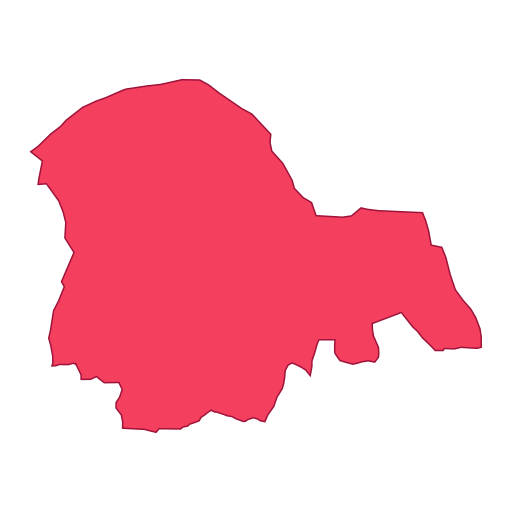 Turkmenbasy, Balkan, Turkmenistan (Albers equal-area conic projection)
{"feature_id": "10190150B25855408224134", "entity_name": "Turkmenbasy", "entity_type": "district", "adm_level": 2, "iso_a3": "TKM", "parent_name": "Turkmenistan", "parent_adm1": "Balkan", "projection": "albers", "projection_center": [54.807, 40.968], "detail": "fine", "context": "isolated", "style": "filled", "palette": "rose", "viewbox_px": 512, "rotation_deg": 0, "n_neighbors": 0, "source": "geoboundaries", "source_scale": "gbopen_adm2", "svg_char_len": 3295}
<svg xmlns="http://www.w3.org/2000/svg" viewBox="0 0 512 512"><path d="M52.0,365.8L51.9,365.9L51.9,366.0L52.0,366.0L56.4,365.6L59.3,364.5L67.8,364.6L68.0,364.5L69.2,364.4L69.3,364.4L69.5,364.4L71.2,363.7L72.6,363.4L73.7,363.5L74.4,363.5L75.6,363.6L75.2,364.0L76.0,364.4L77.5,367.4L79.2,370.9L80.9,374.4L80.9,374.5L81.2,375.7L81.1,377.6L81.1,377.9L81.1,379.4L90.5,379.3L96.5,376.6L104.2,382.7L118.9,382.5L122.2,389.4L119.6,397.2L116.1,402.5L116.0,407.9L121.3,414.9L122.7,421.8L122.6,428.2L126.4,428.4L139.2,429.1L144.3,429.3L146.4,429.9L156.0,432.3L158.9,429.0L159.2,428.7L163.7,428.8L168.1,428.8L172.7,428.9L177.7,428.9L180.6,429.0L183.0,427.0L183.1,426.9L186.5,426.3L187.4,426.2L188.6,425.2L190.0,424.0L191.0,423.7L193.5,422.9L199.0,420.9L200.0,419.3L201.4,417.0L201.6,416.9L204.5,415.1L205.7,414.1L207.2,412.9L208.1,412.3L211.0,410.2L211.0,410.3L215.1,412.1L216.3,411.9L217.0,412.2L220.6,413.4L223.4,414.3L224.7,414.8L226.6,415.6L227.6,415.8L231.4,416.5L232.2,416.6L232.3,416.7L235.6,418.6L238.0,419.5L241.4,420.8L243.0,421.4L245.5,421.3L246.6,420.4L247.4,419.8L247.8,419.6L250.4,418.7L253.5,417.7L253.8,417.8L256.0,418.5L257.8,419.1L258.2,419.4L260.5,420.8L264.6,421.6L264.9,421.7L267.5,415.6L267.8,414.9L268.1,414.5L273.8,406.4L276.5,398.5L277.0,397.0L277.2,396.7L280.0,392.3L282.2,388.7L283.6,383.9L284.6,377.7L285.2,370.6L286.1,368.8L287.9,365.5L288.1,365.1L289.0,364.6L292.1,362.9L296.0,364.6L299.4,366.2L301.7,367.5L304.9,369.5L305.8,370.0L306.8,371.3L308.3,373.2L310.2,375.6L311.2,370.3L311.9,366.2L311.9,363.5L311.9,361.2L312.6,358.9L314.7,352.8L316.5,346.2L316.8,345.2L317.2,344.1L318.8,339.8L335.1,339.8L334.9,342.0L334.8,343.9L334.7,344.0L334.7,347.4L334.6,349.8L335.0,353.4L337.4,356.9L337.5,357.1L339.9,360.5L345.7,362.3L352.9,364.2L357.3,363.2L362.3,361.7L364.6,361.4L367.1,361.0L368.1,360.8L374.7,362.1L378.4,357.3L378.8,353.5L378.7,351.3L378.5,347.9L378.5,347.5L377.2,344.5L376.4,342.8L375.5,340.7L374.5,338.4L374.0,337.2L373.5,336.2L373.3,335.0L373.3,334.5L373.1,333.5L372.8,332.3L372.5,330.2L372.4,328.7L372.3,326.0L372.2,323.5L392.3,315.9L401.2,312.5L401.4,312.6L412.8,327.0L416.5,330.4L417.1,330.9L419.3,333.7L422.8,338.2L425.4,340.6L428.8,343.9L429.7,344.8L431.1,346.2L432.9,348.0L435.2,350.5L435.3,350.5L443.0,350.5L444.5,348.5L454.2,348.9L460.4,347.5L460.6,347.4L461.1,347.3L463.5,347.5L477.1,348.3L478.9,347.8L481.0,347.3L481.3,347.2L481.2,339.5L481.2,336.6L481.1,336.2L480.0,328.9L475.7,317.5L470.7,309.0L463.2,300.5L460.1,296.3L455.4,289.9L451.6,278.8L450.3,275.0L448.9,269.5L445.9,257.7L444.5,254.0L444.4,254.0L441.8,247.3L441.4,247.2L431.3,245.2L431.2,245.1L430.1,239.2L428.6,230.8L425.6,220.5L422.5,212.7L378.5,210.7L367.7,209.4L361.0,207.9L351.5,215.9L342.6,217.2L316.1,215.7L311.5,202.5L303.2,197.7L294.3,188.3L292.2,180.5L282.9,163.5L271.8,151.1L270.0,142.3L270.8,134.3L251.9,114.1L241.6,108.5L219.2,93.1L208.6,84.9L199.7,80.0L181.9,79.7L160.4,84.5L147.5,85.9L126.6,89.0L123.6,89.9L111.9,95.0L105.5,97.8L96.2,101.1L82.7,107.3L66.3,120.1L60.4,126.6L50.6,134.1L38.1,146.4L30.7,151.7L42.4,161.0L38.8,179.1L38.1,184.4L46.5,183.8L58.8,201.0L63.1,211.9L65.8,222.5L64.9,237.9L74.0,252.5L61.5,281.7L64.3,286.7L58.6,300.9L53.6,310.6L50.4,330.9L48.7,338.2L50.7,345.2L52.7,356.0L52.8,359.9L52.8,363.3L52.0,365.8Z" fill="#f43f5e" stroke="#9f1239" stroke-width="1.5"/></svg>